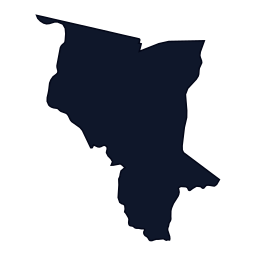 Savanes, Robinson projection
{"feature_id": "TGO-90", "entity_name": "Savanes", "entity_type": "Region", "adm_level": 1, "iso_a3": "TGO", "parent_name": "Togo", "parent_adm1": "", "projection": "robinson", "projection_center": [0.453, 10.505], "detail": "fine", "context": "isolated", "style": "filled", "palette": "ink", "viewbox_px": 256, "rotation_deg": 0, "n_neighbors": 0, "source": "natural_earth", "source_scale": "10m", "svg_char_len": 2620}
<svg xmlns="http://www.w3.org/2000/svg" viewBox="0 0 256 256"><path d="M46.5,23.8L43.6,23.0L40.4,21.0L37.8,18.3L36.6,15.4L44.7,17.2L52.8,19.1L72.1,23.5L107.9,31.7L121.6,34.9L139.1,38.9L139.5,39.2L139.7,39.6L139.8,40.1L139.5,40.9L139.4,41.7L139.2,42.4L138.7,43.1L141.2,43.8L139.3,51.4L158.9,43.7L168.8,41.5L183.9,41.2L204.3,40.8L200.3,51.8L199.8,55.4L200.2,57.3L201.5,60.9L201.7,62.8L199.3,68.1L199.0,70.0L198.7,74.1L198.2,76.0L196.2,79.2L187.7,88.4L185.4,94.4L186.7,110.5L186.6,117.5L184.3,127.4L182.1,145.8L182.2,150.0L183.5,152.7L195.4,161.6L210.3,172.8L219.4,179.6L216.6,184.4L215.7,185.1L214.6,185.9L213.6,185.9L209.4,185.2L208.2,185.1L206.6,185.2L205.6,185.9L203.8,188.0L202.9,188.2L202.2,187.9L201.0,186.8L200.2,186.5L196.6,186.1L195.6,186.6L192.6,188.4L190.1,190.3L189.3,190.4L188.6,190.0L188.3,189.2L187.9,188.4L187.5,187.6L186.7,187.1L185.7,186.7L180.9,186.4L179.2,187.2L178.5,187.9L178.4,188.7L178.7,189.7L179.1,192.1L178.7,194.3L178.0,196.1L173.4,203.4L171.9,206.9L171.2,208.9L170.8,211.1L170.7,216.6L170.8,218.3L170.8,219.0L170.6,220.0L170.1,221.2L169.2,222.6L168.8,223.9L168.4,226.2L167.9,227.4L167.6,228.6L167.6,229.6L167.7,230.5L169.6,236.5L169.8,238.7L169.6,239.9L169.4,240.0L168.0,239.7L166.4,240.2L165.5,239.9L164.1,239.0L163.2,238.7L158.2,239.2L156.2,239.2L153.8,239.9L151.9,240.6L150.7,240.6L149.8,240.4L149.2,239.8L147.9,237.6L147.3,237.0L146.7,236.5L145.2,235.6L144.7,235.0L144.2,234.3L143.9,233.5L143.8,232.6L143.9,231.7L144.6,230.3L144.7,229.6L144.3,229.0L143.6,228.7L142.7,228.7L141.2,228.7L138.7,228.2L136.8,228.2L135.6,228.0L134.7,227.6L133.5,226.5L132.8,226.1L130.1,225.6L129.4,225.1L129.0,224.4L128.8,223.5L128.7,222.4L128.9,220.4L129.0,219.4L128.8,218.4L128.4,217.4L126.7,214.5L125.6,212.8L124.7,211.9L125.2,209.0L124.8,205.3L123.5,204.2L121.8,203.7L119.8,202.3L118.2,197.6L119.0,185.0L118.8,179.0L119.9,176.6L120.4,173.6L121.1,170.9L125.0,167.6L121.8,164.7L120.3,163.8L113.4,165.1L111.2,165.2L112.6,161.6L110.9,158.7L108.2,156.0L106.5,152.7L106.7,151.2L107.2,149.3L107.2,147.3L105.6,145.6L104.0,145.2L102.6,145.7L101.1,146.5L99.3,147.0L97.8,146.8L93.6,144.9L93.2,145.5L92.8,146.6L92.1,147.7L90.9,147.8L90.5,147.2L82.5,130.4L80.0,127.4L71.7,121.5L70.4,119.8L68.5,115.8L67.3,114.1L65.9,113.1L61.0,111.3L59.5,110.2L58.6,109.2L57.4,108.3L53.8,107.8L51.9,107.2L50.2,106.3L48.8,105.0L47.2,101.3L47.3,97.6L48.3,93.1L48.8,90.6L49.7,83.1L50.9,80.0L53.1,76.8L56.3,74.4L57.7,72.9L58.0,71.0L57.1,67.5L57.0,65.8L60.4,47.8L61.2,46.1L62.5,44.6L63.8,43.6L64.9,42.4L65.3,40.2L65.8,33.8L65.3,28.3L62.9,24.1L57.6,21.9L54.7,21.9L49.4,23.5L46.5,23.8Z" fill="#0f172a" stroke="#020617" stroke-width="1.5"/></svg>